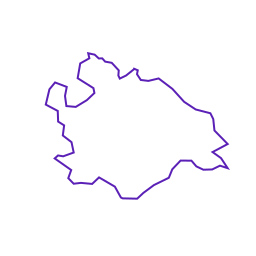 the district of Dangara, Ferghana, Uzbekistan, rotated 60°
{"feature_id": "79887680B26065504827015", "entity_name": "Dangara", "entity_type": "district", "adm_level": 2, "iso_a3": "UZB", "parent_name": "Uzbekistan", "parent_adm1": "Ferghana", "projection": "orthographic", "projection_center": [70.818, 40.63], "detail": "fine", "context": "isolated", "style": "outline", "palette": "violet", "viewbox_px": 256, "rotation_deg": 60, "n_neighbors": 0, "source": "geoboundaries", "source_scale": "gbopen_adm2", "svg_char_len": 961}
<svg xmlns="http://www.w3.org/2000/svg" viewBox="0 0 256 256"><g transform="rotate(60 128 128)"><path d="M149.1,202.9L152.0,196.2L158.5,187.0L156.3,177.8L172.2,168.7L184.6,168.9L186.2,167.9L193.8,155.4L191.9,147.2L190.4,134.1L191.5,117.5L185.9,110.3L182.5,98.8L188.0,89.4L195.4,88.0L201.8,83.6L206.0,75.8L206.6,67.2L212.6,61.8L200.6,62.5L191.1,66.8L191.7,49.7L173.4,54.4L162.9,49.7L156.4,49.3L145.8,60.1L133.4,66.3L116.3,70.0L101.8,76.1L100.4,76.7L97.4,86.8L92.8,92.9L85.9,93.3L82.9,90.7L79.7,93.1L80.1,93.6L81.6,103.4L81.1,110.4L77.7,110.1L73.5,107.2L63.4,109.5L59.1,114.6L54.8,115.5L53.2,118.5L47.8,120.2L43.4,125.1L48.3,126.6L48.2,137.1L59.7,146.7L76.2,138.0L80.9,139.6L83.3,149.7L83.6,162.7L78.2,170.4L68.7,166.5L61.8,160.5L52.1,168.4L55.2,176.7L66.6,187.5L78.1,180.3L87.5,185.3L93.8,182.0L101.9,188.2L112.0,184.0L122.1,187.3L120.1,198.3L116.8,202.3L117.7,206.7L136.0,198.2L141.6,204.8L149.1,202.9Z" fill="none" stroke="#5b21b6" stroke-width="2"/></g></svg>